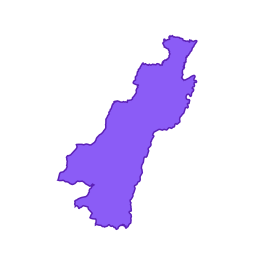 the district of El Zulia, Norte de Santander, Colombia, rotated 15°
{"feature_id": "7082276B69134689190168", "entity_name": "El Zulia", "entity_type": "district", "adm_level": 2, "iso_a3": "COL", "parent_name": "Colombia", "parent_adm1": "Norte de Santander", "projection": "natural_earth1", "projection_center": [-72.603, 8.097], "detail": "fine", "context": "isolated", "style": "filled", "palette": "violet", "viewbox_px": 256, "rotation_deg": 15, "n_neighbors": 0, "source": "geoboundaries", "source_scale": "gbopen_adm2", "svg_char_len": 5880}
<svg xmlns="http://www.w3.org/2000/svg" viewBox="0 0 256 256"><g transform="rotate(15 128 128)"><path d="M153.4,223.4L154.0,220.9L154.3,220.1L155.0,219.5L155.2,218.9L154.8,216.2L154.0,214.3L154.2,212.8L153.3,210.8L151.5,209.8L150.8,209.0L151.0,208.2L152.4,207.5L152.6,207.1L152.2,206.5L152.1,205.4L151.6,204.7L151.2,203.1L150.2,201.2L150.2,199.4L149.4,198.8L148.8,197.6L148.8,196.8L149.4,196.3L150.1,194.0L150.4,192.5L149.8,190.5L150.3,189.1L150.5,184.6L150.3,184.1L149.5,183.3L149.3,182.0L151.1,180.3L151.6,177.7L152.0,177.1L152.8,176.7L153.2,175.6L153.1,174.4L152.5,172.7L152.3,171.6L153.4,167.5L152.2,164.5L151.3,163.4L150.9,160.5L151.7,157.1L151.2,153.4L151.3,152.1L151.7,151.7L153.1,151.4L153.6,150.5L153.9,144.7L152.9,143.3L152.9,142.2L154.3,139.8L154.6,138.9L154.5,137.9L153.6,135.9L153.6,135.2L154.0,134.6L153.9,133.8L154.2,132.4L155.1,129.4L154.8,128.8L153.7,128.4L153.7,127.0L154.2,125.2L158.2,121.4L159.3,121.1L161.7,121.2L163.2,120.0L165.8,119.9L166.3,119.4L166.9,118.0L167.6,117.1L168.7,116.8L169.5,117.1L170.0,117.1L170.6,116.6L171.0,115.7L172.2,115.1L172.5,114.3L172.4,112.6L172.6,111.8L173.3,111.3L174.0,111.7L174.6,111.5L176.5,108.7L176.3,107.8L175.7,106.6L175.4,104.8L175.7,103.5L176.5,102.3L176.9,100.8L177.9,99.5L178.1,98.3L178.2,93.7L178.9,93.0L180.3,93.2L180.7,92.6L180.6,91.7L179.1,89.4L179.5,88.7L180.4,88.7L180.6,88.4L180.4,85.3L179.8,84.8L178.1,85.1L177.0,84.8L176.2,83.6L175.9,82.3L176.3,80.5L177.3,79.7L178.3,79.8L179.9,81.3L180.4,81.2L180.7,80.7L180.8,79.8L180.5,78.9L180.5,77.9L180.7,76.8L181.5,75.5L181.6,74.3L181.2,73.4L179.9,73.2L179.7,72.5L179.9,71.8L181.0,71.1L181.3,70.3L181.2,69.6L180.4,68.4L180.3,67.2L180.8,66.7L182.0,66.4L182.3,65.8L182.1,65.2L181.4,64.6L179.9,65.0L179.3,64.6L179.0,63.5L179.5,61.2L179.2,60.5L178.6,60.1L177.5,60.4L175.8,61.8L174.0,64.0L170.7,66.9L169.8,67.0L169.6,67.3L169.4,67.0L168.4,66.8L167.9,66.4L167.7,65.9L167.4,65.6L166.9,65.7L166.7,65.4L167.3,62.1L166.6,61.6L166.5,61.1L166.1,60.8L166.2,60.0L165.9,59.4L165.7,58.3L165.8,57.2L166.6,56.3L166.2,55.5L166.7,55.5L166.8,54.8L166.3,54.4L166.2,53.0L165.8,53.3L165.9,52.6L166.2,52.1L165.8,51.7L165.9,51.0L165.4,50.5L165.7,50.2L166.3,50.1L166.3,49.5L166.7,49.5L166.9,49.1L166.3,47.7L166.3,46.4L165.7,45.0L166.5,44.4L166.4,44.1L166.7,43.4L166.3,43.3L167.5,42.1L167.7,41.0L168.2,40.0L168.4,38.6L169.4,36.8L169.5,33.9L170.4,32.3L170.5,30.8L171.9,27.2L172.0,26.2L171.4,25.9L170.4,26.2L168.8,27.5L167.1,27.4L166.4,27.0L165.9,27.3L164.9,27.0L164.8,27.7L165.2,28.1L165.0,28.4L165.2,28.9L164.9,29.1L163.9,28.5L163.3,28.7L162.9,28.6L161.3,29.3L160.7,29.0L158.9,29.1L158.3,28.7L157.7,27.7L155.7,27.6L155.1,27.9L154.3,27.3L152.1,27.5L150.3,28.1L149.4,27.9L149.0,28.2L148.1,28.1L147.0,27.3L145.4,28.8L145.1,28.7L144.7,28.2L144.1,29.1L144.2,30.2L145.2,31.2L145.2,31.5L143.2,32.5L141.9,33.9L140.4,32.7L139.8,33.0L139.8,33.7L140.4,34.9L140.5,35.5L139.9,36.2L139.7,37.1L141.9,39.7L142.1,40.4L143.2,40.4L144.2,40.9L146.7,41.4L147.0,42.3L148.2,43.2L148.3,44.6L149.2,45.3L149.3,46.3L148.9,47.6L149.4,48.8L149.3,49.3L148.6,50.5L148.5,51.1L147.7,51.6L147.6,52.4L147.0,52.7L146.2,52.6L145.9,53.4L145.0,54.0L144.5,55.1L145.1,55.4L145.1,55.8L144.2,56.4L144.3,57.1L144.8,57.9L144.6,58.5L143.6,58.5L142.9,59.1L141.3,58.2L139.5,58.3L139.2,58.6L138.6,59.7L137.2,59.8L136.6,60.1L135.5,59.9L133.8,61.3L133.2,61.4L132.3,60.9L131.8,61.2L131.5,62.0L131.2,62.2L130.6,61.9L129.2,61.9L128.3,61.4L127.8,61.6L127.2,62.4L126.2,62.2L125.7,61.4L125.3,61.8L124.0,66.3L124.0,67.4L122.9,68.7L123.2,70.4L122.6,71.2L122.6,71.5L122.9,74.7L121.9,76.8L122.8,79.7L121.7,80.8L121.2,82.5L121.6,83.4L122.7,83.7L125.8,84.1L126.4,83.7L126.9,84.0L126.7,84.7L126.3,84.6L126.4,85.6L127.0,86.4L126.3,87.4L126.3,88.8L126.0,89.3L126.5,90.3L126.9,91.8L125.5,95.8L124.5,97.6L124.8,98.8L123.7,100.2L121.3,101.2L120.5,101.3L120.4,101.8L120.7,103.1L120.5,103.5L119.1,103.3L117.9,103.8L116.7,103.7L116.1,104.4L114.2,104.9L112.4,104.6L110.7,104.6L110.4,104.9L109.5,105.1L109.4,105.9L108.4,105.7L107.7,106.2L108.1,107.1L107.2,108.5L107.4,109.1L106.9,109.7L106.8,113.8L106.1,114.6L106.3,116.0L105.7,117.0L105.5,118.1L106.1,119.3L105.2,121.5L105.1,122.9L104.4,125.2L105.5,129.6L105.5,130.7L105.9,131.4L106.5,133.7L106.2,135.1L105.3,137.0L105.2,137.7L103.9,140.3L102.2,142.1L100.5,145.2L100.2,146.3L100.1,148.3L99.4,150.5L96.7,153.8L95.4,154.3L93.4,154.1L91.7,154.3L89.5,155.7L87.9,155.7L86.2,156.1L82.8,157.1L82.4,157.4L83.6,159.2L83.7,160.4L83.1,162.0L79.5,168.9L77.3,170.4L76.8,170.4L76.2,171.8L76.2,172.5L76.9,173.4L77.1,174.5L78.0,175.8L78.1,177.2L78.5,178.8L78.4,180.0L79.1,180.7L79.2,182.2L78.9,182.9L78.7,184.4L77.7,185.3L77.3,186.6L76.6,187.2L74.3,188.4L73.8,189.6L73.9,196.0L73.7,196.5L75.6,196.5L77.8,195.8L78.7,195.3L79.8,195.4L81.3,196.1L83.2,195.7L84.7,195.9L86.4,196.7L88.7,197.0L89.7,196.5L91.1,195.3L91.9,194.0L92.2,193.3L93.2,192.3L94.7,192.3L97.6,191.2L99.4,191.7L101.5,192.9L105.0,193.7L105.8,194.1L106.7,193.8L107.2,193.3L108.2,191.4L109.8,191.8L108.3,193.7L108.0,195.5L107.1,196.5L106.8,197.1L106.7,198.3L107.2,199.9L106.7,200.9L106.7,202.1L106.1,203.8L105.0,205.2L100.9,207.3L98.4,209.2L97.3,210.6L96.4,211.2L95.5,212.4L96.1,213.3L96.2,215.3L97.2,216.5L97.4,217.4L97.9,216.6L98.8,216.3L100.2,217.0L101.3,218.3L101.6,218.3L102.3,217.2L103.1,216.9L104.5,215.0L105.0,214.6L109.7,214.6L110.7,216.5L115.2,219.4L115.5,219.8L114.9,221.4L114.5,224.5L115.6,224.8L117.5,224.8L120.3,224.3L121.0,225.1L121.6,227.5L121.3,228.5L121.7,230.1L122.5,229.3L124.6,229.4L127.2,229.0L128.7,229.8L131.3,229.2L131.3,229.4L133.3,228.2L134.4,226.5L134.7,226.3L135.2,226.4L136.3,227.2L137.4,227.3L138.2,226.7L139.5,227.0L140.4,227.7L141.4,227.4L142.6,228.7L143.2,228.8L144.3,227.7L144.3,226.5L144.5,225.9L145.9,223.9L146.6,223.9L147.3,223.1L147.7,223.3L148.0,222.5L149.2,222.6L149.0,223.3L149.7,223.3L149.9,223.7L151.1,223.4L151.1,224.5L151.8,225.2L152.3,225.0L152.8,224.0L153.4,223.4Z" fill="#8b5cf6" stroke="#5b21b6" stroke-width="1.5"/></g></svg>